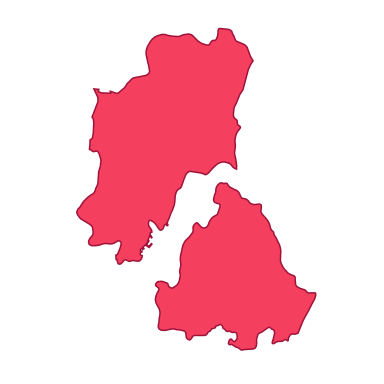 the district of Antsiranana I, Diana, Madagascar, rotated 176°
{"feature_id": "10022922B77517626674469", "entity_name": "Antsiranana I", "entity_type": "district", "adm_level": 2, "iso_a3": "MDG", "parent_name": "Madagascar", "parent_adm1": "Diana", "projection": "robinson", "projection_center": [49.261, -12.291], "detail": "fine", "context": "isolated", "style": "filled", "palette": "rose", "viewbox_px": 384, "rotation_deg": 176, "n_neighbors": 0, "source": "geoboundaries", "source_scale": "gbopen_adm2", "svg_char_len": 6016}
<svg xmlns="http://www.w3.org/2000/svg" viewBox="0 0 384 384"><g transform="rotate(176 192 192)"><path d="M291.4,241.7L289.8,240.9L288.5,239.6L287.8,239.2L286.8,239.1L284.7,239.6L283.1,238.8L282.6,238.1L281.7,235.5L280.7,231.0L280.7,228.6L281.1,227.6L281.5,224.6L283.7,218.7L285.2,207.5L285.9,205.5L287.8,202.2L288.5,200.1L289.6,198.3L291.0,197.0L292.4,196.5L295.9,194.3L300.1,190.8L301.5,189.3L305.0,184.6L307.2,182.6L308.3,180.1L308.2,178.3L307.8,177.4L306.4,175.0L305.0,173.1L296.8,167.3L294.6,165.4L293.8,163.9L293.4,159.6L293.6,156.9L294.9,155.0L296.6,153.4L298.2,151.1L298.7,149.4L298.4,147.5L298.2,147.0L296.7,145.9L295.1,145.3L291.0,145.2L287.5,145.6L284.0,146.6L281.1,146.6L277.3,145.9L275.2,145.9L272.8,146.6L269.1,148.5L267.9,148.3L266.9,147.6L266.2,146.4L266.3,145.3L266.8,143.5L267.9,140.5L270.8,134.8L272.4,134.3L272.4,130.0L271.8,129.9L270.7,125.7L269.6,125.1L268.3,125.2L266.4,126.5L264.7,128.5L263.2,129.0L262.1,128.7L261.2,128.0L259.2,127.1L256.0,127.8L251.1,126.8L249.1,126.9L246.9,129.0L246.0,131.9L248.1,133.2L247.4,135.5L246.3,135.5L246.1,136.5L247.6,136.7L247.3,138.4L245.9,139.4L245.2,138.1L243.9,138.8L244.7,140.3L242.4,142.5L238.6,139.6L235.6,142.8L236.2,143.3L238.7,140.7L241.3,142.8L240.8,143.9L240.2,143.7L239.6,145.5L239.0,145.1L238.4,146.4L239.3,147.0L237.1,151.5L235.7,149.1L235.1,149.5L236.7,152.6L236.6,153.9L236.0,154.7L234.9,154.6L234.8,156.1L235.1,157.2L237.3,160.9L237.6,161.8L237.6,164.4L236.8,166.3L236.1,166.7L235.2,166.6L232.1,164.4L230.2,162.0L227.8,157.7L227.0,156.6L226.2,156.2L225.1,156.2L223.6,157.2L221.7,160.9L220.3,161.8L219.3,160.1L218.2,160.8L219.2,162.8L218.6,163.4L217.9,165.3L216.9,166.9L214.7,171.9L212.6,175.7L210.7,180.0L209.9,183.0L209.1,188.9L208.0,192.5L207.0,194.0L205.3,195.8L203.8,196.3L202.5,197.5L199.7,203.8L199.0,205.8L198.1,207.2L197.5,208.8L196.5,210.3L195.4,211.5L193.3,212.6L192.1,212.7L181.8,210.3L179.2,209.3L178.0,208.5L176.5,208.4L174.1,209.9L169.8,214.2L165.0,218.0L162.3,219.3L159.3,219.8L158.1,219.8L155.2,219.0L152.6,217.8L151.6,217.1L149.4,213.9L147.9,212.7L146.0,211.7L145.6,215.2L146.0,221.4L146.7,226.1L146.8,228.3L145.5,234.9L145.6,240.2L144.7,244.3L143.8,246.7L142.5,248.8L139.5,252.3L139.2,253.3L139.6,254.3L140.9,255.2L141.7,256.2L142.0,257.4L141.9,259.2L142.0,260.1L142.6,261.1L143.9,262.0L144.8,263.3L145.3,265.0L145.3,266.7L144.3,272.3L143.7,274.1L141.6,277.5L137.5,285.9L134.1,290.3L127.2,310.4L124.7,314.9L121.9,318.6L124.3,323.4L127.0,332.7L128.6,334.6L130.1,335.8L137.5,339.5L138.4,341.5L139.3,344.6L140.7,347.4L140.9,348.8L141.3,349.8L143.1,351.3L144.4,351.7L152.9,353.2L153.8,353.0L154.8,351.4L154.8,349.7L155.5,346.1L157.2,342.4L158.7,341.6L160.5,341.8L161.5,341.4L162.7,340.3L164.2,338.0L164.8,337.6L165.7,337.5L167.5,337.7L172.2,339.6L175.7,342.4L180.4,347.9L181.6,348.9L184.3,349.9L189.4,349.5L194.4,348.0L200.7,348.8L205.8,350.1L207.7,351.0L211.0,351.3L215.5,350.3L218.3,349.2L221.0,347.2L223.1,345.0L226.4,340.0L227.7,336.8L228.1,334.3L228.1,331.7L227.0,324.1L226.3,320.6L225.9,315.2L226.7,313.6L227.9,312.4L230.0,311.5L241.9,310.0L243.5,309.5L249.3,304.5L250.5,302.6L252.1,300.7L258.9,295.7L260.4,295.7L266.5,298.2L266.3,296.2L275.4,297.2L278.5,298.7L277.8,300.9L282.7,301.7L279.3,292.9L279.5,288.7L286.5,273.6L285.5,272.2L285.1,268.4L286.4,257.5L287.7,252.5L290.1,251.0L290.5,246.4L291.4,241.7ZM76.1,82.8L83.1,83.2L83.9,83.7L85.2,85.5L86.3,86.5L91.0,88.4L93.6,90.0L94.6,91.2L95.1,92.8L95.2,98.1L95.0,99.3L95.4,100.6L96.2,101.4L99.1,102.6L102.5,104.9L103.2,106.3L105.0,108.3L106.4,110.5L107.9,114.1L108.5,116.7L108.5,118.7L107.5,127.1L107.7,129.7L108.4,133.1L111.5,140.9L113.2,143.7L113.2,145.0L113.5,146.3L114.1,147.2L115.1,148.1L115.9,149.6L116.4,151.1L116.6,153.4L117.9,157.1L119.7,160.1L123.6,165.1L124.7,167.5L123.9,171.9L123.9,174.0L124.2,174.6L125.5,175.3L131.1,175.1L133.9,176.2L135.1,177.1L136.6,179.5L137.9,180.7L139.5,181.6L141.7,182.0L142.8,182.6L143.7,184.0L144.8,187.3L146.0,189.3L147.6,190.6L149.5,191.5L153.9,194.3L155.2,195.8L156.4,198.0L157.6,198.5L159.8,198.2L161.3,199.0L162.7,199.1L163.9,198.7L165.5,197.5L167.2,195.4L167.8,193.7L168.5,190.0L169.5,187.9L171.0,183.5L171.0,181.9L170.3,180.3L168.2,179.0L165.6,178.2L164.9,177.3L165.2,175.2L168.2,167.9L173.2,165.4L174.4,164.3L176.5,161.6L178.3,157.8L179.9,155.9L182.2,155.2L183.5,155.4L185.3,156.4L188.6,160.7L189.9,160.9L191.3,160.0L192.6,158.6L193.3,157.4L193.5,156.2L193.5,153.5L194.2,151.6L198.0,147.2L202.0,143.9L203.9,141.0L204.9,139.2L208.0,128.8L208.4,125.5L208.2,119.8L209.9,113.8L209.5,109.8L209.7,108.7L211.0,104.0L212.3,101.6L213.6,100.2L215.2,99.1L217.9,97.7L218.8,97.5L220.7,98.4L221.7,99.2L222.7,102.6L227.2,104.7L229.3,105.1L232.0,105.0L233.5,104.2L234.6,102.8L234.8,101.8L234.6,100.9L232.2,98.7L231.8,97.4L232.0,96.5L233.9,93.5L235.1,91.0L236.0,87.7L236.0,86.5L235.4,83.2L232.9,77.9L232.3,74.8L232.6,71.6L233.5,68.4L234.1,64.2L234.8,61.9L235.1,59.6L234.3,57.6L232.4,56.3L228.6,55.8L222.3,56.7L220.0,56.7L216.7,55.7L213.4,55.2L209.3,53.8L208.6,53.1L208.1,52.1L207.8,47.2L206.6,45.3L204.9,44.6L203.9,44.8L200.7,48.5L199.6,48.7L189.4,48.0L188.3,48.2L186.6,49.6L185.9,51.0L183.7,51.9L181.8,54.1L178.6,54.8L178.1,55.2L177.7,56.3L177.1,56.8L175.2,57.0L173.6,57.9L172.8,57.9L171.0,56.2L170.4,53.7L169.0,52.9L167.6,50.9L165.9,50.3L164.3,50.8L163.0,49.7L161.7,49.1L159.0,49.1L157.7,48.3L157.0,47.0L157.0,43.7L157.5,42.3L159.1,40.4L159.9,39.9L160.9,40.0L162.2,41.3L162.7,42.4L164.0,42.6L165.1,41.7L166.2,38.9L166.2,38.1L165.8,37.5L164.6,36.9L163.7,37.3L162.8,37.1L159.0,34.2L157.5,33.8L156.0,32.8L154.2,31.1L153.3,30.8L151.7,31.1L146.6,31.2L142.1,31.1L140.1,31.7L138.8,33.4L138.1,36.0L137.8,41.0L136.0,45.6L135.3,46.2L132.2,47.4L125.1,51.6L123.7,51.5L122.1,49.7L120.7,49.1L119.9,48.2L119.5,47.0L119.4,45.6L120.5,41.7L122.5,36.3L122.4,35.5L121.8,35.0L120.4,35.2L118.8,36.3L116.8,36.9L112.1,36.9L109.6,38.3L108.4,38.1L107.3,36.9L106.8,36.8L106.3,37.3L105.9,39.9L103.9,42.6L102.5,43.4L99.2,43.0L96.1,43.7L90.0,56.2L84.0,65.5L80.5,71.4L77.1,76.7L75.7,80.6L75.7,81.8L76.1,82.8Z" fill="#f43f5e" stroke="#9f1239" stroke-width="1.5"/></g></svg>